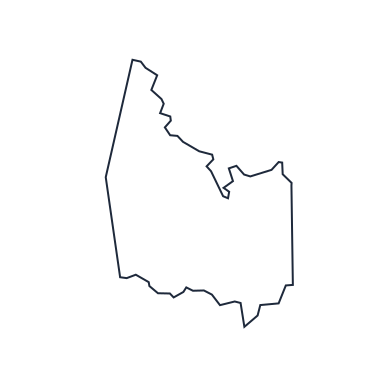 the district of Charlotte, Virginia, United States of America, rotated 160°
{"feature_id": "52423323B81085742226913", "entity_name": "Charlotte", "entity_type": "district", "adm_level": 2, "iso_a3": "USA", "parent_name": "United States of America", "parent_adm1": "Virginia", "projection": "mercator", "projection_center": [-78.693, 36.973], "detail": "fine", "context": "isolated", "style": "outline", "palette": "slate", "viewbox_px": 384, "rotation_deg": 160, "n_neighbors": 0, "source": "geoboundaries", "source_scale": "gbopen_adm2", "svg_char_len": 846}
<svg xmlns="http://www.w3.org/2000/svg" viewBox="0 0 384 384"><g transform="rotate(160 192 192)"><path d="M202.7,336.6L268.0,235.4L288.7,136.5L282.8,133.4L273.1,133.5L263.5,122.1L264.2,118.2L258.6,108.5L247.5,104.2L245.3,99.2L234.3,101.0L230.0,104.3L224.9,98.9L214.5,95.4L208.4,88.8L204.4,76.1L189.3,74.5L184.3,71.1L188.9,47.4L172.6,53.5L166.5,62.4L148.7,57.7L135.8,72.1L129.0,70.2L96.3,164.2L95.3,166.5L100.7,177.7L97.2,188.8L100.3,190.5L109.7,185.6L131.9,186.7L137.1,190.6L141.3,201.4L149.3,201.6L149.8,188.2L160.9,185.1L157.0,179.5L160.3,173.8L164.2,177.4L167.0,205.0L169.5,211.1L160.8,215.4L160.3,220.2L171.3,227.8L183.3,242.2L186.5,249.7L193.1,252.8L195.4,262.0L187.5,266.3L186.6,270.4L195.0,277.0L188.4,284.6L188.9,289.8L195.3,301.8L184.8,313.6L193.2,324.6L195.5,332.0L202.7,336.6Z" fill="none" stroke="#1e293b" stroke-width="2"/></g></svg>